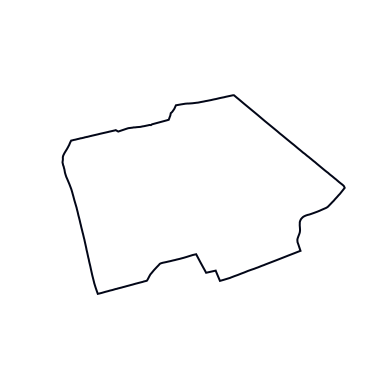 the district of Azcapotzalco, México, Mexico, rotated 329°
{"feature_id": "50627088B15179175127697", "entity_name": "Azcapotzalco", "entity_type": "district", "adm_level": 2, "iso_a3": "MEX", "parent_name": "Mexico", "parent_adm1": "México", "projection": "mercator", "projection_center": [-99.184, 19.486], "detail": "fine", "context": "isolated", "style": "outline", "palette": "ink", "viewbox_px": 384, "rotation_deg": 329, "n_neighbors": 0, "source": "geoboundaries", "source_scale": "gbopen_adm2", "svg_char_len": 4584}
<svg xmlns="http://www.w3.org/2000/svg" viewBox="0 0 384 384"><g transform="rotate(329 192 192)"><path d="M277.0,130.2L270.0,127.8L268.3,127.3L266.7,126.7L265.0,126.1L263.5,125.6L261.9,125.1L260.3,124.6L258.7,124.0L257.5,123.6L257.2,123.5L255.6,123.0L254.0,122.4L252.3,121.8L250.5,121.1L249.0,120.6L247.4,120.0L245.8,119.4L243.2,118.5L242.4,118.1L242.2,118.0L237.7,116.0L237.4,115.8L236.3,115.3L236.2,115.2L234.8,114.5L233.4,113.7L231.8,112.9L230.3,112.3L228.8,111.7L227.8,111.3L224.4,110.0L222.9,109.4L221.1,110.6L220.7,110.9L220.6,111.0L219.5,111.7L216.6,113.0L215.6,113.3L214.9,113.4L214.4,113.5L212.7,115.4L212.5,115.5L210.6,117.0L210.3,117.3L209.2,118.1L208.1,117.8L208.0,117.7L207.7,117.7L192.6,113.4L191.3,113.5L191.2,113.4L190.7,113.1L189.9,112.6L188.6,112.2L187.2,111.7L186.0,111.3L184.6,110.8L183.4,110.3L181.6,109.7L181.3,109.6L180.7,109.3L178.1,108.0L176.7,107.4L175.3,106.6L175.2,106.6L173.9,106.1L170.3,104.5L169.9,104.4L168.6,104.1L162.7,102.8L159.9,102.2L158.5,99.7L158.0,99.6L151.3,97.4L151.2,97.4L142.4,94.5L142.0,94.4L141.3,94.2L135.5,92.3L134.9,92.1L134.1,91.9L133.7,91.7L132.9,91.5L130.9,90.9L130.5,90.7L130.3,90.7L130.2,90.6L129.8,90.5L128.1,89.9L127.5,89.8L125.0,89.0L124.4,88.7L122.0,88.0L121.5,87.8L120.8,87.6L118.8,87.0L117.5,86.5L116.0,86.1L114.9,85.7L113.9,86.3L113.3,86.7L113.0,86.9L112.0,87.6L111.0,88.4L110.6,88.6L109.8,89.1L108.3,90.0L106.9,90.8L106.5,91.0L103.2,92.7L101.7,93.6L100.2,94.6L99.9,95.0L99.4,95.4L99.2,95.6L99.0,96.0L98.8,96.4L98.7,96.5L98.4,97.1L98.0,97.7L97.8,98.0L97.4,98.5L96.9,99.1L96.7,99.3L96.5,99.7L96.1,100.2L95.9,101.1L95.6,101.9L95.4,102.4L95.1,104.1L94.5,105.9L94.4,106.5L94.0,107.6L93.1,109.9L92.7,111.4L92.5,112.2L92.0,114.4L91.8,116.2L90.9,122.4L90.0,127.4L89.9,127.8L89.1,130.9L88.8,131.9L88.2,134.1L86.9,138.6L84.9,146.3L84.7,146.8L84.1,148.8L83.6,150.5L83.4,151.1L82.6,153.5L81.8,156.3L81.0,158.9L80.2,161.3L79.7,163.0L78.9,165.4L78.3,167.4L78.1,168.1L77.2,170.9L77.2,171.1L76.2,174.2L75.6,176.1L75.3,177.2L74.7,178.9L74.4,179.8L73.3,183.1L72.3,186.1L72.2,186.2L71.7,187.7L71.1,189.6L69.2,195.2L68.9,196.3L68.2,198.2L67.6,200.0L67.3,201.0L66.6,203.2L65.5,206.4L64.4,209.7L63.7,211.8L63.3,213.1L62.4,216.1L61.4,219.4L61.3,219.6L60.9,221.2L60.1,224.5L59.4,227.8L58.8,230.8L60.7,231.4L62.0,231.8L64.2,232.4L66.5,233.0L68.8,233.7L71.1,234.3L73.2,235.0L75.6,235.6L76.7,235.9L77.8,236.3L79.1,236.6L80.0,236.9L81.4,237.3L82.3,237.6L83.5,237.9L84.5,238.2L85.5,238.5L87.7,239.1L89.7,239.7L91.9,240.3L93.9,240.9L94.0,240.9L96.6,241.6L97.9,242.0L99.3,242.4L100.3,242.7L102.3,243.3L103.6,243.7L104.3,243.8L107.5,244.8L108.7,244.3L112.8,241.8L113.9,241.2L116.0,240.5L119.1,239.4L122.9,238.3L125.9,237.5L127.4,237.0L128.5,237.1L130.5,237.6L131.6,238.0L133.9,238.8L136.4,239.6L137.8,240.1L139.5,240.6L140.8,241.0L142.2,241.5L144.0,242.0L145.8,242.6L147.4,243.1L149.2,243.6L150.9,244.1L153.6,244.8L160.2,246.4L161.7,246.9L163.5,247.5L163.0,256.6L162.7,263.9L162.7,264.7L162.5,268.5L164.9,269.3L167.9,270.3L171.8,271.6L171.7,272.1L171.0,276.9L170.2,282.6L174.3,283.7L180.7,285.3L181.1,285.3L185.1,286.0L188.5,286.7L192.2,287.3L195.4,287.9L199.4,288.5L203.3,289.3L206.0,289.9L207.8,290.2L209.7,290.6L213.6,291.2L216.1,291.7L217.5,291.9L220.4,292.4L229.5,294.0L239.0,295.6L242.0,296.1L248.3,297.2L250.1,297.5L253.1,298.0L254.7,298.3L255.2,296.0L255.6,294.2L256.1,292.0L256.6,289.4L256.9,288.8L257.4,287.8L257.7,287.2L258.2,286.7L258.6,286.2L259.5,285.5L260.2,284.9L261.9,283.6L263.1,282.6L263.8,281.9L264.4,281.1L265.0,280.3L265.9,278.6L266.5,277.4L267.2,276.0L268.3,274.3L268.9,273.3L269.3,273.0L269.8,272.5L270.5,272.0L271.3,271.5L272.0,271.2L273.4,270.8L274.4,270.6L275.7,270.6L276.6,270.7L277.4,270.8L279.3,271.2L280.8,271.7L282.1,272.0L284.5,272.5L286.0,272.8L289.2,273.4L289.7,273.5L290.5,273.6L291.7,273.8L293.5,274.0L295.8,274.3L298.7,274.7L299.6,274.7L300.5,274.7L301.4,274.5L305.9,273.3L307.3,272.9L308.2,272.7L309.3,272.4L310.7,271.9L312.4,271.4L313.1,271.2L314.1,270.9L315.9,270.3L317.8,269.8L325.0,267.1L325.2,265.7L325.2,264.8L325.1,264.5L324.8,263.5L323.1,259.0L321.7,254.7L321.5,254.3L320.7,252.0L320.4,251.1L319.7,249.3L319.1,247.7L318.5,245.7L317.8,244.0L317.0,241.9L316.4,240.2L315.6,237.9L314.9,235.9L313.6,232.2L312.9,230.0L312.2,228.2L311.6,226.5L311.0,224.7L310.8,224.3L310.1,222.2L309.8,221.5L309.1,219.7L308.7,218.4L308.0,216.5L307.7,216.0L306.1,211.3L305.5,209.7L303.6,204.1L302.5,201.2L299.9,193.9L298.5,189.9L297.4,187.0L296.4,183.9L295.3,180.8L291.4,169.9L291.2,169.4L288.0,159.9L287.3,157.9L282.0,142.9L279.8,136.4L279.1,134.5L277.8,130.7L277.0,130.2Z" fill="none" stroke="#020617" stroke-width="2"/></g></svg>